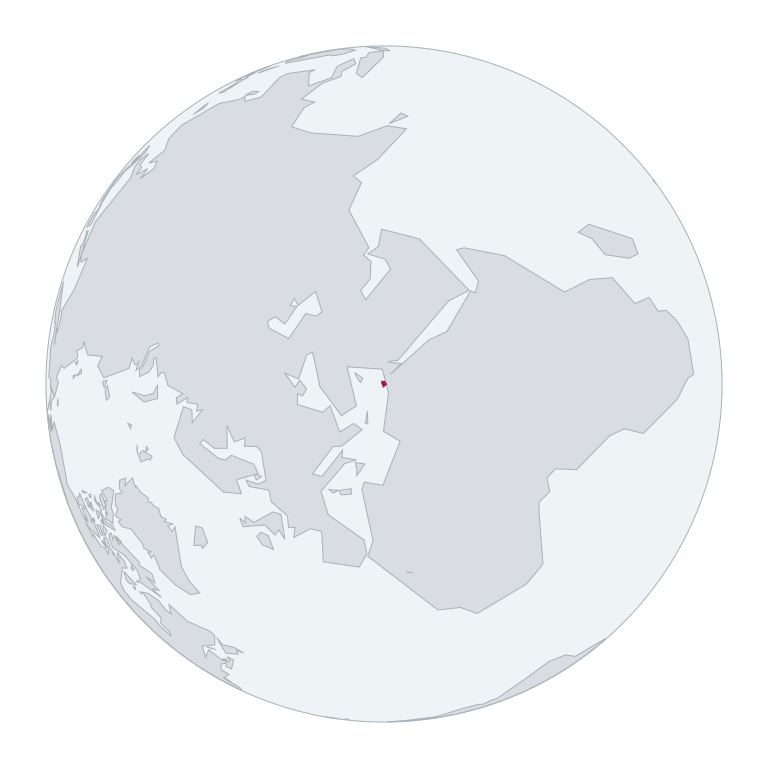 the Earth from above Kafr ash Shaykh, rotated 257°
{"feature_id": "EGY-1547", "entity_name": "Kafr ash Shaykh", "entity_type": "Governorate", "adm_level": 1, "iso_a3": "EGY", "parent_name": "Egypt", "parent_adm1": "", "projection": "orthographic", "projection_center": [30.841, 31.295], "detail": "fine", "context": "on_globe", "style": "filled", "palette": "rose", "viewbox_px": 768, "rotation_deg": 257, "n_neighbors": 0, "source": "natural_earth", "source_scale": "10m", "svg_char_len": 11342}
<svg xmlns="http://www.w3.org/2000/svg" viewBox="0 0 768 768"><g transform="rotate(257 384 384)"><circle cx="384" cy="384" r="338" fill="#eef3f6" stroke="#a8b0b8"/><path d="M335.9,49.5L337.6,49.3L378.1,46.4L391.7,46.2L388.1,46.4L402.0,46.6L409.0,47.0L407.9,46.9L423.0,48.4L423.1,48.5L430.4,49.7L429.1,50.1L414.1,49.0L413.0,49.5L423.7,50.6L429.2,52.5L413.7,50.6L421.7,53.9L398.0,54.8L357.3,52.9L343.5,57.1L300.0,66.0L303.3,66.8L288.9,72.0L287.4,75.3L279.8,76.9L285.2,78.3L292.5,76.3L297.3,76.4L297.1,78.5L287.3,80.5L286.0,79.8L283.0,81.5L278.2,81.8L280.4,82.8L268.6,85.7L279.9,86.1L270.1,91.0L262.3,92.2L263.8,87.8L249.5,82.6L242.1,84.0L230.3,89.5L206.4,107.7L198.0,111.6L186.0,120.0L190.3,119.2L201.2,112.6L206.2,114.2L218.9,106.9L222.8,106.8L235.5,101.8L232.8,107.4L223.2,115.9L212.5,120.7L207.9,124.9L217.5,124.9L196.9,139.2L182.3,158.8L177.0,162.5L167.9,160.3L169.5,147.9L157.8,148.6L164.5,153.5L151.3,164.2L148.7,168.6L149.0,171.7L153.6,170.0L148.9,175.2L140.5,171.3L144.6,166.5L147.3,167.4L147.9,162.1L142.2,161.2L135.9,167.6L133.8,162.2L129.3,166.9L126.4,169.0L133.7,161.5L120.5,175.4L117.1,176.7L133.8,156.9L151.9,138.4L171.4,121.3L192.2,105.8L214.1,91.9L237.0,79.7L260.8,69.3L285.3,60.8L310.4,54.2L335.9,49.5ZM54.1,311.0L52.3,322.1L51.7,324.4L48.1,360.1L50.1,386.7L50.6,403.3L49.8,408.7L51.8,417.3L51.9,422.4L65.2,456.1L76.5,482.4L79.2,499.8L75.6,509.1L86.3,542.8L84.5,540.5L74.3,519.2L65.6,497.3L58.5,474.7L52.9,451.8L49.0,428.5L46.7,405.0L46.1,381.3L47.1,357.7L49.8,334.3L54.1,311.0ZM431.6,49.8L433.9,50.0L436.7,50.6L431.6,49.8ZM236.2,99.2L235.8,100.5L233.6,100.7L236.2,99.2ZM242.0,96.1L239.7,95.4L242.2,93.9L243.5,94.3L242.0,96.1ZM437.4,52.0L441.3,53.3L434.8,51.7L437.4,52.0ZM244.3,97.3L246.8,91.3L251.1,88.7L260.0,88.3L244.3,97.3ZM441.9,54.0L451.4,58.1L457.3,58.6L446.2,60.4L441.7,55.8L432.7,53.4L439.7,54.4L441.9,54.0ZM294.9,74.8L287.1,77.0L293.8,73.5L294.9,74.8ZM298.0,72.6L311.6,63.2L322.9,61.6L316.1,64.8L330.9,61.9L329.8,65.6L321.4,68.1L314.3,68.2L319.2,69.7L298.0,72.6ZM438.5,61.2L438.6,62.3L435.6,61.0L438.5,61.2ZM299.7,76.2L301.4,74.2L311.4,72.6L309.8,76.4L307.1,75.6L299.7,76.2ZM335.4,59.5L342.5,59.4L343.5,62.3L346.4,62.7L330.7,65.6L335.4,59.5ZM304.7,77.1L308.6,78.5L303.8,81.2L298.7,78.2L304.7,77.1ZM314.7,70.7L319.4,70.2L316.2,71.6L314.7,70.7ZM288.6,92.9L290.5,89.9L295.8,88.7L288.6,92.9ZM310.5,78.9L312.1,77.9L314.4,77.3L316.0,78.9L310.5,78.9ZM332.6,67.7L331.5,69.1L339.0,66.6L340.1,69.1L329.4,70.8L334.5,71.1L334.8,72.0L325.7,72.5L332.6,67.7ZM324.5,78.7L311.3,82.5L306.7,88.0L301.8,89.1L310.1,80.1L324.5,78.7ZM326.0,74.9L324.0,77.4L318.9,77.2L317.2,75.4L326.0,74.9ZM344.7,70.4L345.8,66.1L348.1,65.9L344.7,70.4ZM324.1,80.2L327.3,79.3L324.4,80.6L324.1,80.2ZM339.5,73.3L339.6,71.7L342.2,71.5L339.5,73.3ZM333.7,79.1L329.4,80.2L328.1,78.9L333.7,79.1ZM337.1,76.5L340.7,76.7L330.2,77.8L336.7,75.7L337.1,76.5ZM341.9,73.4L343.5,72.8L341.5,74.2L341.9,73.4ZM341.0,84.0L328.1,85.7L325.2,82.5L338.2,81.2L341.0,84.0ZM157.1,477.9L139.4,423.1L149.1,408.1L151.7,385.7L219.9,329.4L233.5,338.0L286.3,338.8L292.7,342.7L285.6,360.1L324.5,386.9L338.1,372.9L374.2,386.4L398.8,385.7L409.1,351.9L368.9,352.2L362.8,335.5L395.7,321.0L431.0,321.6L429.8,315.3L408.2,301.9L417.0,289.8L400.8,296.4L406.8,302.7L396.8,307.4L390.7,302.0L394.0,297.7L383.6,294.9L370.3,317.7L375.0,326.6L347.2,330.0L352.3,345.6L344.5,352.4L332.9,328.7L334.6,320.3L312.3,293.9L308.0,302.8L328.7,328.8L321.9,326.3L316.2,340.1L315.2,327.7L293.7,298.5L269.1,300.3L236.4,329.6L222.4,329.1L211.2,318.7L224.4,284.9L254.4,290.1L259.5,279.6L254.7,261.5L264.2,265.1L265.9,258.8L277.3,260.3L294.6,247.7L306.4,248.0L314.4,229.7L321.5,227.8L314.8,238.9L316.4,247.4L345.9,249.3L351.9,245.7L354.7,234.0L362.5,236.6L361.4,225.1L378.9,221.5L356.7,216.8L359.4,204.4L370.5,195.6L367.4,191.0L349.2,205.6L345.6,212.4L348.8,219.3L335.3,238.9L325.0,241.4L323.9,218.8L309.1,220.4L314.8,203.3L360.4,172.3L378.9,167.2L407.0,183.5L402.0,191.0L389.5,188.5L400.0,201.7L399.7,195.3L406.1,198.0L410.3,188.0L415.1,189.4L411.0,177.8L417.3,178.5L419.8,185.9L431.4,173.0L444.8,172.5L445.1,169.0L441.7,165.4L461.1,167.9L460.4,165.3L453.9,163.4L448.3,157.2L446.2,147.5L453.0,148.9L454.7,152.5L468.5,162.9L472.0,173.2L474.6,172.9L473.2,164.3L456.3,151.6L453.1,145.5L461.9,150.5L458.4,148.1L458.9,145.6L465.8,144.6L456.5,138.9L453.0,112.5L466.1,109.0L474.3,115.7L479.1,101.7L493.4,100.9L487.3,98.8L485.4,92.0L480.9,92.1L477.9,90.7L471.1,75.7L474.8,73.9L465.0,67.0L461.8,66.3L458.5,67.0L446.2,60.4L457.3,58.6L463.8,60.3L466.3,58.9L480.9,63.5L494.1,67.3L508.7,74.5L517.9,77.7L517.8,76.8L530.2,81.2L556.1,94.7L535.6,87.2L496.7,71.9L512.6,77.9L509.1,77.9L514.9,81.2L526.1,85.9L527.3,85.5L545.9,103.5L573.1,123.2L570.9,116.3L577.8,118.0L606.8,139.0L642.0,183.6L651.6,190.0L657.7,197.4L661.5,206.7L652.8,195.9L649.3,196.5L643.8,189.6L647.0,202.2L639.2,192.9L645.5,208.1L652.1,213.1L652.2,204.7L661.0,223.0L671.5,229.5L681.7,245.2L694.4,286.1L693.8,307.2L695.6,313.3L690.7,312.0L691.3,329.1L706.1,351.0L708.1,360.3L705.7,387.7L704.3,381.2L691.4,377.5L694.1,401.5L704.1,409.8L707.7,427.7L702.3,428.5L698.0,413.3L693.3,411.4L690.9,391.4L680.1,367.4L674.3,379.9L671.2,368.2L655.4,351.8L645.1,369.2L631.1,414.6L634.9,445.3L627.6,463.2L604.3,428.5L593.7,400.7L585.4,407.4L561.4,389.0L520.1,400.0L514.2,393.1L506.4,398.9L489.5,394.2L480.5,382.3L470.2,385.0L494.4,416.2L505.3,413.3L514.4,397.5L519.1,409.3L535.4,416.5L517.5,451.1L456.2,488.0L450.2,465.2L403.7,402.7L405.1,395.0L404.9,394.2L404.4,392.7L400.1,405.3L392.1,392.5L416.9,437.7L421.0,457.1L455.3,489.4L452.1,493.5L463.1,499.3L498.5,484.9L498.7,492.6L482.0,530.3L433.0,580.6L439.6,607.9L436.2,630.5L405.9,646.5L408.8,661.7L393.2,667.4L392.4,675.4L380.0,683.5L359.3,690.3L323.6,687.9L321.2,681.4L302.9,666.0L277.5,625.6L286.2,608.2L282.9,592.4L257.2,552.3L262.8,532.1L256.0,521.8L241.9,521.3L234.0,508.6L225.5,506.4L172.8,498.4L157.1,477.9ZM195.7,363.3L193.6,369.9L195.7,363.3ZM468.3,339.9L489.5,338.1L480.0,318.0L487.4,316.0L481.4,310.3L479.2,316.6L464.7,300.8L473.9,293.3L471.3,284.5L464.1,284.8L449.7,301.4L470.3,323.6L465.4,333.1L468.3,339.9ZM52.3,322.5L51.5,328.0L51.7,325.0L52.3,322.5ZM66.7,269.3L65.1,275.0L65.7,271.7L66.7,269.3ZM72.9,252.0L67.8,265.4L68.7,262.4L72.9,252.0ZM151.8,164.4L152.3,164.9L151.4,168.7L149.6,168.5L151.8,164.4ZM161.1,178.6L153.4,186.8L157.6,180.4L153.5,181.1L157.4,169.2L174.6,163.9L166.1,168.1L161.1,178.6ZM167.4,153.1L163.0,160.4L167.2,152.6L167.4,153.1ZM264.0,225.7L267.4,230.6L262.4,237.1L247.5,239.1L254.6,229.4L264.0,225.7ZM273.5,236.2L276.6,214.6L286.0,213.3L280.2,217.5L286.1,218.8L278.4,226.2L284.3,247.0L280.3,254.3L254.9,252.5L265.4,248.7L261.4,243.8L273.5,236.2ZM268.0,169.6L269.5,162.4L288.0,168.6L284.5,174.7L269.3,176.5L264.6,170.3L268.0,169.6ZM259.4,98.7L258.8,97.1L261.5,96.3L264.3,97.0L259.4,98.7ZM289.1,91.6L265.0,105.6L263.1,104.3L251.4,115.2L241.7,116.1L249.6,108.8L233.4,118.3L236.6,112.1L226.2,119.1L244.9,102.7L247.1,98.2L248.3,102.7L257.1,101.8L261.6,100.1L276.1,92.2L285.4,83.0L295.7,81.4L300.4,82.8L299.8,84.7L293.3,85.0L297.1,87.5L287.2,89.4L289.1,91.6ZM350.4,111.3L343.2,108.8L349.1,118.0L339.3,118.4L340.6,119.4L333.1,122.6L326.3,128.4L322.0,127.8L321.2,130.4L316.2,132.9L313.7,136.4L305.1,136.8L301.3,141.3L299.3,138.9L295.1,146.8L294.4,141.2L287.9,144.4L292.0,148.2L251.6,145.5L235.2,150.1L221.9,157.5L222.4,148.0L235.2,135.5L253.5,124.0L269.2,121.5L266.6,118.1L273.4,116.1L272.6,119.6L277.8,113.1L283.2,112.5L299.5,104.9L303.7,96.9L309.8,94.3L310.8,97.1L316.1,92.6L322.2,96.5L326.7,94.9L337.2,97.6L336.6,104.7L341.7,102.5L349.8,104.9L350.4,111.3ZM343.8,84.9L345.3,92.4L340.7,96.6L324.4,90.3L319.5,91.3L308.8,88.3L315.8,82.5L318.2,83.8L322.1,83.8L318.4,85.6L324.3,84.1L327.8,86.0L333.4,85.6L332.4,88.0L343.8,84.9ZM300.7,336.8L305.7,338.2L313.9,338.3L310.4,347.4L300.7,336.8ZM285.6,317.1L290.3,316.5L289.4,328.5L284.1,327.4L285.6,317.1ZM293.6,306.5L290.6,315.6L289.1,310.0L293.6,306.5ZM319.2,238.0L324.3,237.1L324.5,239.9L321.4,243.9L319.2,238.0ZM365.7,141.8L362.3,138.9L364.0,137.6L362.8,129.5L370.0,129.0L373.5,133.8L365.7,141.8ZM401.9,357.9L394.4,364.6L390.8,361.5L394.1,359.8L401.9,357.9ZM349.9,356.9L361.4,361.7L348.8,359.3L349.9,356.9ZM373.3,139.9L372.0,136.5L376.4,138.4L373.3,139.9ZM375.2,128.4L380.5,129.8L370.8,128.1L375.2,128.4ZM521.8,692.0L522.8,691.9L518.1,693.9L521.8,692.0ZM493.6,619.4L469.8,658.6L453.9,660.9L451.3,651.3L460.3,628.5L478.9,619.3L488.1,607.2L493.6,619.4ZM717.0,441.6L710.8,460.9L707.3,464.9L709.0,458.2L714.6,447.0L717.0,441.6ZM708.7,458.7L702.3,456.5L687.5,431.8L692.9,426.9L707.1,434.8L706.4,440.1L710.3,444.0L708.7,458.7ZM720.9,404.6L720.0,418.5L717.4,428.2L715.7,431.1L714.7,418.1L715.3,407.9L716.9,404.2L718.7,360.4L720.3,361.8L720.7,378.5L721.7,385.1L720.9,404.6ZM636.5,447.5L644.2,461.6L639.6,467.3L636.5,447.5ZM716.1,334.6L717.6,353.1L715.2,331.1L716.1,334.6ZM712.7,315.9L714.3,321.7L712.6,318.3L712.7,315.9ZM698.8,321.8L697.2,327.5L695.6,323.3L696.5,313.7L698.8,321.8ZM689.5,258.8L695.5,271.2L697.4,276.2L693.7,270.7L689.5,258.8ZM432.8,136.8L426.4,148.1L426.6,157.1L434.1,163.2L420.7,160.1L420.5,146.0L432.8,136.8ZM449.8,115.0L443.2,110.7L447.7,110.0L449.9,110.9L449.8,115.0ZM444.6,114.2L433.3,113.9L430.6,109.8L440.1,110.8L444.6,114.2ZM403.3,125.6L400.9,128.8L397.4,127.0L403.3,125.6ZM721.2,406.4L721.3,404.5L721.9,386.3L721.8,377.3L721.8,374.8L721.9,380.8L721.9,384.8L721.9,387.6L721.2,406.4ZM719.0,339.9L718.4,336.2L719.2,344.6L716.0,321.3L716.9,326.1L719.0,339.9ZM716.0,323.0L717.0,330.6L714.9,318.0L716.0,323.0ZM716.3,328.2L714.6,321.4L714.8,319.2L716.3,328.2ZM715.9,321.3L712.9,308.2L714.4,313.8L715.9,321.3ZM710.2,306.7L713.3,311.6L712.1,315.5L704.4,292.7L704.4,288.4L710.2,306.7ZM662.0,196.8L657.7,191.8L655.6,187.3L659.1,191.9L662.0,196.8ZM644.6,170.1L653.6,184.5L660.1,197.3L661.6,197.7L669.3,209.4L663.3,203.6L653.5,187.4L649.8,179.6L642.5,170.8L635.7,161.4L626.7,152.7L621.5,146.9L628.5,152.7L644.6,170.1ZM622.9,149.4L604.7,133.6L603.8,130.0L607.6,132.7L616.3,141.2L616.3,142.5L622.9,149.4ZM600.1,128.9L599.8,130.3L572.7,115.2L566.8,111.3L586.9,119.6L587.8,121.6L594.6,126.3L600.1,128.9ZM442.2,62.7L438.9,62.4L440.9,61.8L442.2,62.7ZM475.4,91.0L471.6,89.0L474.0,87.9L475.4,91.0ZM462.2,83.2L462.2,85.7L459.4,82.5L462.2,83.2ZM462.6,91.7L460.8,86.4L466.6,92.3L462.6,91.7Z" fill="#d9dde1" stroke="#a8b0b8" stroke-width="1"/><path d="M381.8,383.1L381.6,383.0L381.6,382.8L381.6,382.7L381.8,382.8L382.1,383.0L382.5,383.0L383.2,382.8L384.7,382.3L384.1,382.5L383.7,382.7L383.5,382.9L383.3,383.0L383.2,383.0L382.9,383.2L382.6,383.2L382.5,383.4L382.8,383.5L382.9,383.4L383.1,383.4L383.3,383.3L383.4,383.5L383.5,383.5L383.5,383.3L383.6,383.2L383.8,383.1L384.0,383.2L384.2,383.3L384.3,383.3L384.3,383.2L384.5,383.1L384.8,383.1L384.8,382.9L384.9,382.7L385.0,382.7L385.3,382.8L385.4,382.7L385.5,382.7L385.4,382.6L385.2,382.4L384.9,382.3L384.7,382.3L384.9,382.2L385.3,382.2L385.9,382.3L386.6,382.6L386.2,382.8L386.0,383.0L386.2,383.3L386.2,383.7L386.2,383.9L386.2,384.1L386.2,384.3L386.2,384.5L386.2,384.8L386.3,384.9L386.3,385.0L386.2,385.0L385.9,385.0L385.7,385.0L385.4,385.0L385.2,385.0L385.1,385.3L385.0,385.5L384.9,385.6L384.6,385.7L384.4,385.7L384.4,385.8L384.2,385.8L383.7,385.7L383.6,385.8L383.6,385.7L383.4,385.6L383.4,385.4L383.3,385.2L383.0,385.1L382.8,384.7L382.7,384.7L382.4,384.6L382.4,384.4L382.3,384.2L382.4,383.9L382.3,383.7L382.2,383.7L381.9,383.5L381.9,383.3L381.9,383.2L381.8,383.1Z" fill="#f43f5e" stroke="#9f1239" stroke-width="1.5"/></g></svg>